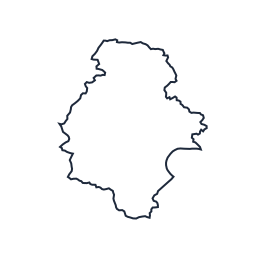 Salesópolis, São Paulo, Brazil (Equal Earth projection), rotated 229°
{"feature_id": "56859067B19301542712109", "entity_name": "Salesópolis", "entity_type": "district", "adm_level": 2, "iso_a3": "BRA", "parent_name": "Brazil", "parent_adm1": "São Paulo", "projection": "equal_earth", "projection_center": [-45.846, -23.578], "detail": "fine", "context": "isolated", "style": "outline", "palette": "slate", "viewbox_px": 256, "rotation_deg": 229, "n_neighbors": 0, "source": "geoboundaries", "source_scale": "gbopen_adm2", "svg_char_len": 3041}
<svg xmlns="http://www.w3.org/2000/svg" viewBox="0 0 256 256"><g transform="rotate(229 128 128)"><path d="M155.0,204.6L156.8,205.4L158.1,203.8L159.7,202.5L160.6,204.5L162.3,204.9L164.1,205.5L166.0,204.0L168.0,202.7L169.7,200.3L171.4,198.9L172.5,197.0L174.9,196.9L177.5,197.0L179.7,196.3L182.2,194.7L184.5,194.0L186.0,191.3L187.2,189.0L188.6,186.3L190.9,185.6L192.6,183.7L194.2,182.3L196.7,179.7L198.3,177.4L200.1,176.0L201.3,177.4L203.2,176.6L204.6,173.8L206.3,171.7L207.2,169.3L208.6,168.4L209.9,167.0L209.3,165.0L208.6,162.1L207.9,158.4L206.5,155.3L205.7,151.7L205.5,148.2L203.9,145.8L202.3,146.8L199.4,149.8L195.2,148.2L195.2,144.6L193.3,143.2L192.0,144.4L188.7,146.6L187.0,146.9L184.8,147.1L183.3,145.1L184.7,143.8L185.5,141.7L186.9,140.4L188.4,138.6L188.3,134.9L185.7,134.3L186.0,130.8L187.6,128.3L189.7,127.0L189.5,124.4L187.2,123.5L184.9,123.4L182.6,120.8L181.9,118.7L183.8,116.7L183.7,114.2L181.7,111.4L181.4,107.8L181.5,104.4L181.8,100.7L181.1,98.7L179.7,97.2L177.7,94.4L177.1,90.2L174.6,88.2L174.1,85.5L173.3,82.9L174.4,80.2L176.1,79.0L172.8,78.6L170.5,77.6L167.7,76.4L164.5,77.1L162.0,77.6L160.3,77.5L158.3,76.5L157.2,74.3L158.0,71.6L158.4,68.1L158.3,64.3L156.3,64.9L154.3,63.9L152.4,65.5L150.1,66.2L148.6,67.0L146.6,68.2L144.8,69.6L143.4,66.2L142.0,63.0L138.5,61.9L135.8,60.1L133.9,59.0L132.4,57.2L131.6,53.3L130.5,50.5L128.7,51.0L126.7,51.3L125.3,53.8L123.6,55.8L121.8,56.5L120.1,56.8L118.5,57.9L116.3,57.8L114.9,59.1L113.4,60.8L112.2,63.1L110.4,62.8L108.6,63.8L106.5,66.2L104.0,65.2L102.7,67.2L101.1,68.1L99.0,68.3L97.4,69.4L96.3,71.3L95.0,74.0L92.5,74.6L90.5,75.3L88.8,74.4L86.8,73.7L84.3,70.7L82.4,69.7L80.4,69.0L77.8,68.1L76.0,67.0L74.2,66.6L71.7,67.3L69.8,69.8L67.5,70.5L65.6,69.7L63.3,68.7L61.2,69.5L59.0,71.0L56.5,72.5L54.3,74.8L53.5,77.8L51.8,80.7L50.2,83.1L48.2,84.0L46.1,85.4L47.7,87.3L49.5,88.5L49.7,90.9L51.3,92.2L51.8,94.4L50.0,96.7L48.7,98.7L50.1,99.9L52.0,100.9L53.9,101.0L56.2,99.6L58.8,100.4L59.9,103.7L59.2,106.8L60.7,109.3L60.9,124.3L60.9,127.1L61.4,130.4L63.1,130.1L65.5,129.9L67.3,130.0L70.1,130.2L72.0,130.7L74.9,132.3L76.8,133.9L78.2,135.7L79.7,138.6L80.7,143.2L81.0,146.4L80.6,148.9L79.8,151.8L78.1,154.2L76.8,155.5L75.5,156.8L71.6,161.0L70.5,162.6L68.9,164.5L67.3,166.3L65.9,167.6L64.0,168.9L66.5,169.9L69.7,169.7L72.9,169.4L74.9,168.2L76.5,170.1L78.8,169.8L81.0,172.4L79.9,174.1L78.7,176.0L77.1,176.5L76.7,178.6L78.1,180.1L78.7,182.1L76.2,182.5L76.8,184.8L76.3,187.3L77.9,188.6L80.4,187.7L82.8,186.1L85.0,186.5L85.2,189.2L85.9,191.8L88.4,193.0L90.5,191.9L92.1,192.1L94.0,190.1L96.6,187.6L97.8,185.8L100.1,185.1L102.1,186.2L104.5,186.0L106.9,183.9L109.7,184.1L111.7,183.5L113.5,184.9L115.5,184.3L117.0,183.0L119.1,184.6L120.9,184.2L121.4,181.2L122.0,178.7L124.0,179.5L124.7,177.0L126.7,177.1L128.0,178.6L129.6,180.0L132.7,180.3L134.4,182.3L134.2,185.5L134.4,188.1L134.7,190.4L133.3,192.0L132.0,193.2L131.8,195.6L133.9,196.1L135.9,198.9L138.0,199.5L140.1,200.0L142.7,200.8L144.6,201.1L146.8,200.4L148.5,200.9L150.6,200.7L153.4,200.9L155.0,204.6Z" fill="none" stroke="#1e293b" stroke-width="2"/></g></svg>